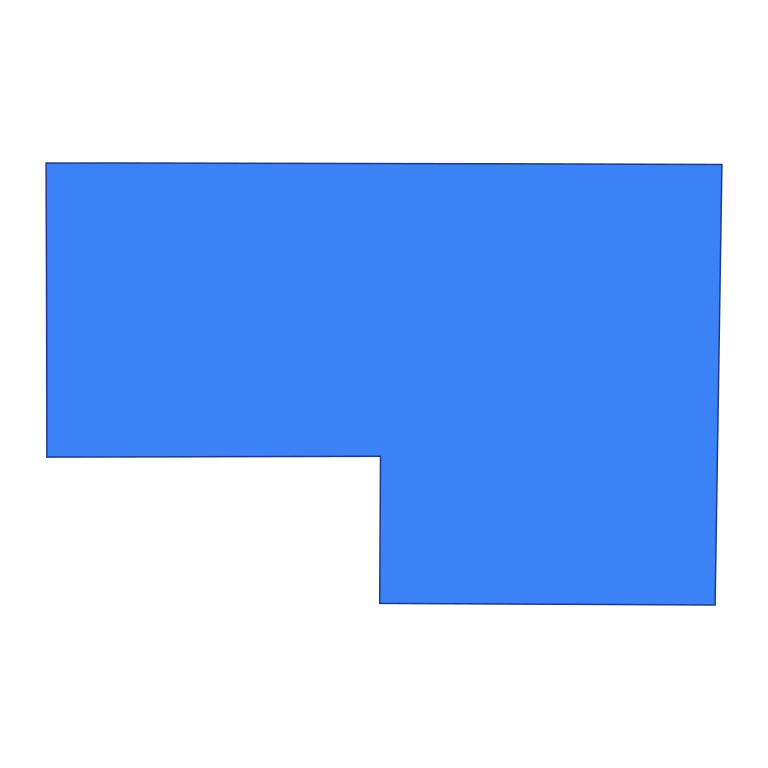 the district of Menominee, Wisconsin, United States of America
{"feature_id": "52423323B25535404345073", "entity_name": "Menominee", "entity_type": "district", "adm_level": 2, "iso_a3": "USA", "parent_name": "United States of America", "parent_adm1": "Wisconsin", "projection": "robinson", "projection_center": [-88.76, 44.987], "detail": "fine", "context": "isolated", "style": "filled", "palette": "blue", "viewbox_px": 768, "rotation_deg": 0, "n_neighbors": 0, "source": "geoboundaries", "source_scale": "gbopen_adm2", "svg_char_len": 249}
<svg xmlns="http://www.w3.org/2000/svg" viewBox="0 0 768 768"><path d="M508.5,163.8L116.1,163.0L46.1,163.1L46.6,311.7L46.9,457.1L380.5,456.3L379.7,603.4L715.1,605.0L721.9,164.5L508.5,163.8Z" fill="#3b82f6" stroke="#1e3a8a" stroke-width="1.5"/></svg>